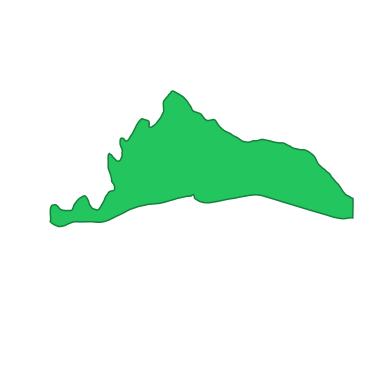 the district of La Caye, Dennery, Saint Lucia, rotated 332°
{"feature_id": "8701671B23998662762063", "entity_name": "La Caye", "entity_type": "district", "adm_level": 2, "iso_a3": "LCA", "parent_name": "Saint Lucia", "parent_adm1": "Dennery", "projection": "albers", "projection_center": [-60.906, 13.932], "detail": "fine", "context": "isolated", "style": "filled", "palette": "green", "viewbox_px": 384, "rotation_deg": 332, "n_neighbors": 0, "source": "geoboundaries", "source_scale": "gbopen_adm2", "svg_char_len": 5482}
<svg xmlns="http://www.w3.org/2000/svg" viewBox="0 0 384 384"><g transform="rotate(332 192 192)"><path d="M137.1,119.2L136.9,119.2L136.4,119.4L135.7,119.7L135.5,120.0L134.6,121.5L133.5,123.3L132.4,125.6L131.6,127.2L130.6,129.0L129.8,130.2L129.2,131.8L128.8,134.2L128.6,136.2L128.2,138.2L127.6,141.2L127.0,142.9L126.2,144.4L126.1,145.8L126.4,147.6L126.5,149.1L126.3,150.2L125.9,151.2L125.7,152.0L124.8,153.2L124.1,153.8L123.6,153.9L122.5,153.7L120.6,153.0L119.9,153.0L119.5,153.0L118.3,153.1L116.9,153.9L115.8,154.6L114.8,154.9L114.3,155.1L112.1,156.7L110.5,158.2L109.3,159.0L106.9,160.6L104.5,162.0L103.6,162.6L102.2,163.3L101.4,163.5L100.1,163.7L99.1,162.8L98.1,161.7L97.3,160.8L96.7,160.3L96.3,159.7L96.0,158.3L95.9,156.7L95.6,154.9L96.2,152.1L96.4,151.3L96.4,147.6L96.1,146.3L95.9,145.6L95.6,145.1L94.8,144.7L93.8,144.6L90.6,144.7L88.7,145.0L86.4,145.8L83.1,147.4L82.4,147.7L82.0,147.9L81.3,148.5L79.5,150.2L78.8,150.8L78.3,151.1L77.4,151.6L76.4,151.6L75.3,150.9L74.2,150.3L73.0,149.7L71.6,149.0L70.6,148.3L69.4,147.5L68.4,146.5L67.9,145.8L67.3,144.6L67.1,143.5L66.9,142.2L66.6,141.3L66.0,139.7L65.6,139.3L64.3,138.7L63.1,138.2L61.8,138.1L60.5,139.0L59.7,139.6L58.6,141.2L57.4,143.4L56.3,145.4L55.8,146.9L55.4,147.6L55.3,147.9L54.8,149.0L54.0,150.4L52.9,151.4L53.4,153.2L54.1,154.7L55.0,156.2L55.8,157.3L56.7,158.3L56.9,158.5L57.4,159.3L58.0,159.8L58.8,160.3L59.9,160.8L61.7,161.4L63.5,161.8L64.8,162.0L67.1,162.0L68.5,162.1L72.0,162.5L73.4,162.8L75.4,163.7L77.4,164.8L78.6,165.6L80.8,166.7L83.6,168.1L86.9,169.8L88.6,170.7L90.1,171.5L93.0,173.5L94.5,174.4L96.2,175.3L97.6,176.0L101.0,177.0L105.1,177.7L110.6,177.9L113.0,177.9L118.8,178.2L122.6,178.3L126.4,178.2L130.1,178.4L135.4,179.3L137.7,179.6L141.6,180.7L144.8,181.6L146.1,182.1L146.5,181.9L149.6,183.2L150.1,183.5L151.0,183.8L151.6,184.1L153.4,184.8L153.7,185.0L154.4,185.3L155.1,185.6L157.4,186.5L158.0,186.8L161.4,187.7L162.4,188.0L167.4,189.0L168.4,189.2L172.8,190.2L174.8,190.5L176.2,190.8L177.3,191.1L181.3,192.2L184.2,193.0L185.9,193.6L187.2,194.2L189.3,195.1L189.9,194.8L190.7,194.8L192.2,195.1L192.0,196.3L191.4,198.8L191.9,200.0L193.6,202.8L194.5,204.1L196.4,206.0L198.1,207.3L200.2,208.6L202.7,209.8L204.4,210.4L206.6,211.1L209.8,212.2L213.0,213.1L218.6,214.7L220.2,215.2L223.2,216.2L226.2,217.3L227.9,217.8L231.2,218.7L236.1,220.3L237.9,220.9L239.2,221.3L241.0,221.9L245.1,223.5L247.4,224.6L250.3,226.6L252.1,228.0L256.1,232.0L258.2,234.0L258.5,234.4L260.9,236.7L265.3,241.2L269.6,245.5L272.9,248.7L277.7,253.5L280.6,256.4L284.5,260.3L285.6,261.3L287.1,262.9L289.8,265.5L292.0,267.6L293.4,269.0L295.5,271.1L300.4,275.8L302.5,278.0L304.1,279.5L305.0,280.6L307.5,282.6L310.4,284.9L312.6,286.4L314.8,287.4L318.4,288.6L320.1,289.3L321.4,290.1L321.8,290.4L321.9,290.1L323.2,287.8L323.5,287.3L325.9,283.0L328.4,278.4L330.3,274.9L331.1,273.2L330.0,272.1L329.3,270.8L329.2,270.4L327.4,267.9L326.5,266.6L326.3,266.2L326.3,265.7L325.6,262.7L325.3,259.1L325.1,256.6L324.8,254.4L324.7,253.6L323.8,251.0L322.9,246.7L322.3,244.3L322.1,241.3L321.9,240.2L321.0,238.2L320.4,237.0L320.3,236.4L319.9,235.0L318.4,231.9L317.9,230.3L317.3,228.7L316.8,227.1L316.6,226.3L316.6,223.5L316.8,222.1L316.8,218.9L316.5,217.3L316.2,216.0L314.5,212.3L313.2,210.0L311.8,208.3L310.4,207.1L308.8,206.1L307.7,205.7L305.7,204.0L303.3,202.0L301.9,200.7L301.0,199.4L300.3,197.9L299.6,197.0L298.4,195.5L297.7,194.5L296.8,192.9L296.1,192.0L295.0,191.2L292.2,189.6L289.0,187.4L286.6,185.2L284.0,182.8L281.3,180.6L278.9,178.7L278.5,178.4L277.6,178.1L273.5,177.3L270.9,176.0L269.6,175.4L267.1,175.1L265.0,174.5L264.9,174.3L263.6,173.6L262.2,172.4L261.2,171.6L260.2,170.5L259.1,168.4L257.7,165.5L255.5,162.5L254.6,161.1L253.9,159.8L253.3,158.3L252.6,157.4L250.9,155.5L250.7,154.9L250.0,154.1L249.2,152.8L248.0,150.1L247.4,148.1L246.9,146.2L246.7,144.8L246.6,143.3L246.4,140.6L246.1,139.4L245.7,138.6L245.1,138.2L243.0,137.5L240.5,136.8L239.4,136.2L238.7,135.8L238.2,134.8L237.6,133.8L237.0,130.6L236.9,129.2L236.6,127.8L235.8,126.3L234.3,124.7L232.2,122.5L231.2,121.1L230.7,120.2L230.8,118.8L230.9,117.5L231.0,115.7L230.8,114.4L230.6,113.0L230.5,112.0L230.5,111.7L230.5,110.7L229.9,107.4L229.5,106.1L229.0,104.5L228.6,103.3L227.9,102.1L227.0,100.6L226.7,99.9L224.9,97.2L223.7,95.2L222.8,94.1L222.0,93.6L220.9,93.6L218.9,94.8L217.7,95.0L217.4,95.1L216.7,95.3L215.7,96.1L215.2,96.2L214.3,96.5L211.3,97.7L209.6,98.5L208.8,99.4L207.8,101.2L206.7,103.6L205.6,106.1L204.9,107.5L201.6,109.9L199.6,111.4L197.7,112.3L197.0,112.6L194.3,113.8L193.2,114.4L192.2,114.9L188.9,115.4L188.2,115.6L187.0,115.7L186.8,115.7L185.8,115.5L185.2,115.0L185.0,114.5L184.9,113.8L185.4,112.8L186.1,112.1L186.6,110.9L186.8,110.4L187.0,109.8L187.0,108.9L186.8,108.6L186.6,108.3L185.6,107.2L184.7,106.3L183.3,105.0L182.8,104.3L182.0,103.8L181.1,103.8L178.3,104.8L177.6,105.2L175.1,106.6L173.1,107.9L171.6,109.1L170.2,110.1L168.2,111.4L168.0,111.6L166.6,112.5L165.2,113.2L163.2,114.3L162.1,115.1L160.7,115.9L160.2,116.2L158.5,116.2L157.6,116.1L157.1,115.5L157.0,115.3L157.0,114.2L156.6,112.8L156.1,111.9L155.2,111.4L154.3,111.3L153.6,111.7L152.9,112.5L152.2,113.7L151.3,115.4L151.1,115.9L150.8,116.6L150.7,117.6L150.4,119.0L150.5,120.4L150.3,121.5L150.1,121.6L150.1,122.2L149.9,122.8L149.4,123.5L148.3,124.9L148.0,125.9L147.6,126.6L146.9,127.6L146.3,128.2L145.2,129.0L144.4,129.7L143.4,130.3L142.0,130.4L141.0,129.9L140.2,129.3L139.9,128.8L139.6,127.2L139.0,125.6L138.6,124.1L138.4,122.2L138.2,121.3L137.1,119.8L137.1,119.2Z" fill="#22c55e" stroke="#15803d" stroke-width="1.5"/></g></svg>